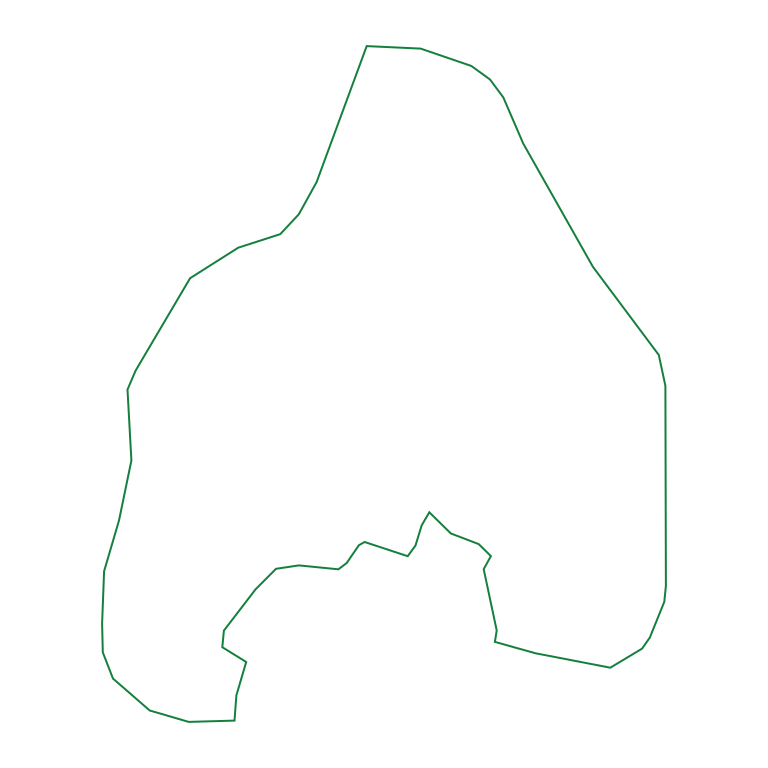 map outline of Oslo (orthographic projection)
{"feature_id": "NOR-921", "entity_name": "Oslo", "entity_type": "County", "adm_level": 1, "iso_a3": "NOR", "parent_name": "Norway", "parent_adm1": "", "projection": "orthographic", "projection_center": [10.625, 59.979], "detail": "fine", "context": "isolated", "style": "outline", "palette": "green", "viewbox_px": 768, "rotation_deg": 0, "n_neighbors": 0, "source": "natural_earth", "source_scale": "10m", "svg_char_len": 758}
<svg xmlns="http://www.w3.org/2000/svg" viewBox="0 0 768 768"><path d="M494.9,641.9L496.7,630.4L483.7,569.2L490.9,556.1L478.7,544.1L450.9,533.5L429.3,512.3L421.7,525.3L415.5,545.5L407.7,556.2L364.6,542.0L358.9,545.2L346.7,563.0L338.4,569.3L298.9,565.4L276.0,568.8L255.5,589.4L223.9,630.6L222.3,647.2L246.2,662.0L236.4,695.3L234.5,720.6L188.7,721.9L149.7,710.5L113.0,678.6L102.8,652.4L102.1,623.6L104.1,571.2L119.0,520.5L131.4,460.5L127.5,389.6L135.6,370.6L190.1,278.2L238.2,247.7L280.3,234.1L298.8,214.3L316.6,182.1L366.7,46.1L420.6,48.6L471.4,66.0L490.0,79.5L503.3,97.4L523.2,143.5L592.9,266.8L658.8,355.0L665.4,385.9L665.9,585.9L664.3,601.8L649.8,637.6L642.1,648.6L610.3,667.7L535.6,653.3L494.9,641.9Z" fill="none" stroke="#15803d" stroke-width="2"/></svg>